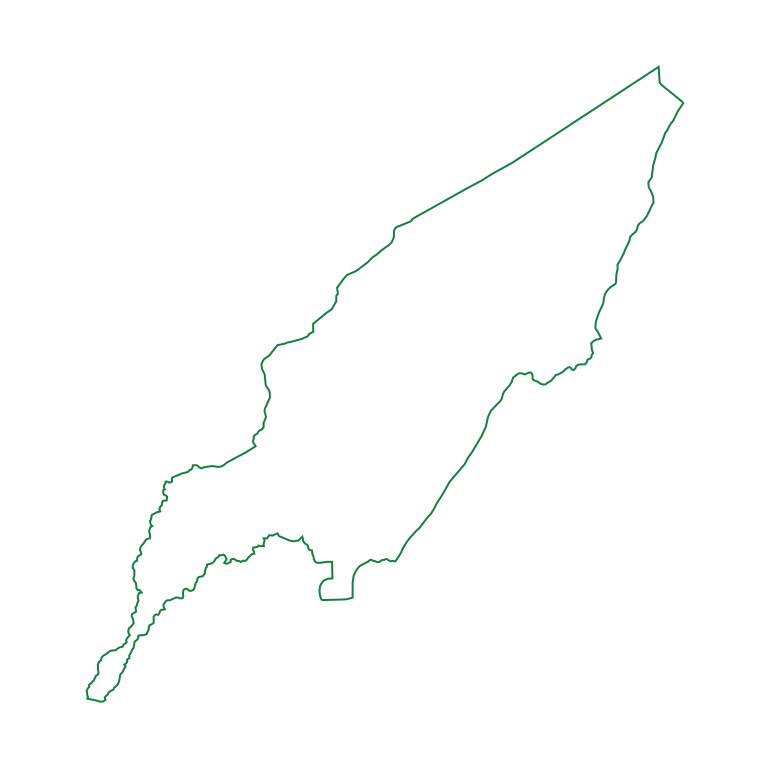 Tigania West, Eastern, Kenya, rotated 86°
{"feature_id": "3690345B31280493599010", "entity_name": "Tigania West", "entity_type": "district", "adm_level": 2, "iso_a3": "KEN", "parent_name": "Kenya", "parent_adm1": "Eastern", "projection": "mercator", "projection_center": [37.77, 0.171], "detail": "fine", "context": "isolated", "style": "outline", "palette": "green", "viewbox_px": 768, "rotation_deg": 86, "n_neighbors": 0, "source": "geoboundaries", "source_scale": "gbopen_adm2", "svg_char_len": 6138}
<svg xmlns="http://www.w3.org/2000/svg" viewBox="0 0 768 768"><g transform="rotate(86 384 384)"><path d="M277.4,418.0L284.8,424.1L290.7,423.7L292.9,425.5L298.1,425.8L305.7,430.9L309.2,436.7L319.0,450.5L327.0,450.9L328.9,455.1L331.3,457.2L333.3,463.1L335.3,472.9L336.0,478.0L336.8,480.1L337.8,487.5L347.8,496.7L350.6,501.6L352.3,503.1L355.6,504.8L358.3,504.8L360.9,504.5L366.0,502.4L376.2,502.1L377.9,501.7L381.4,499.6L383.5,498.7L387.9,498.6L389.6,498.8L399.7,504.2L401.9,505.0L403.9,505.0L405.8,504.4L409.0,504.1L414.8,507.0L418.5,507.1L420.8,509.0L422.0,512.0L425.0,514.2L425.8,516.3L427.2,517.6L429.6,517.7L431.3,518.6L433.4,518.5L437.1,516.4L441.9,525.3L451.2,545.8L454.1,550.1L454.9,552.4L455.2,554.5L455.0,556.2L453.8,561.0L454.6,570.1L455.4,572.0L454.3,574.1L452.4,575.7L451.8,577.7L451.8,580.3L454.5,581.1L455.9,582.2L456.1,583.7L458.2,586.0L459.0,591.2L462.5,601.7L464.2,602.2L466.3,602.1L467.3,603.5L467.3,605.2L466.3,606.8L466.1,608.6L468.2,609.1L469.7,610.4L471.8,610.8L473.7,610.0L474.3,611.5L476.9,611.9L479.0,611.3L480.0,609.5L481.2,608.2L485.0,608.9L485.1,612.8L486.9,613.6L489.4,614.1L490.9,615.8L493.3,616.8L495.4,616.1L496.3,620.0L498.5,624.8L503.3,626.0L504.3,627.0L507.6,626.6L509.6,625.1L510.6,627.1L513.9,628.5L515.7,628.4L517.8,628.0L520.3,628.0L521.7,628.4L522.0,630.8L522.9,632.5L526.6,635.2L528.3,637.2L530.5,638.5L532.5,639.0L535.4,638.0L537.0,638.2L538.8,641.6L540.7,642.4L543.0,642.6L543.4,644.2L544.5,645.4L546.1,646.7L548.0,647.3L549.6,647.5L552.7,646.0L558.1,646.5L560.5,647.6L563.3,646.8L564.9,645.6L566.5,645.2L570.7,645.2L572.5,643.9L572.4,642.3L575.1,640.4L575.4,642.6L576.9,643.7L578.9,644.5L581.0,644.5L583.0,644.0L585.7,645.5L588.1,646.2L589.7,647.6L591.9,647.2L594.0,647.4L595.9,651.4L597.9,651.9L601.2,650.8L605.2,650.4L608.9,653.7L609.9,655.5L612.0,656.2L614.4,656.3L616.7,655.1L620.5,658.7L622.1,659.2L623.4,658.6L624.6,659.8L625.7,661.9L627.8,663.0L628.2,665.8L629.3,668.2L630.8,670.0L631.0,675.4L634.0,680.0L635.8,683.5L637.4,684.8L640.1,685.8L641.5,687.8L643.9,689.0L649.2,689.2L651.3,689.0L653.3,689.2L654.3,690.3L655.1,692.0L656.7,692.4L658.2,693.6L659.7,694.3L660.5,695.7L662.0,696.6L662.5,698.1L663.6,699.3L665.4,699.0L666.8,700.5L669.2,702.0L674.0,701.6L675.8,701.1L677.2,701.9L679.9,692.4L680.8,690.1L681.2,688.1L681.2,686.4L679.8,684.0L677.1,684.4L675.8,683.1L675.0,681.7L672.4,680.0L671.3,678.5L670.6,676.5L669.8,675.1L668.1,674.5L666.7,672.2L665.0,670.4L661.1,668.7L656.7,667.7L655.2,667.1L652.6,664.4L650.9,663.8L647.9,661.6L645.8,662.7L644.5,660.4L642.8,659.5L640.9,659.5L639.8,657.2L637.0,657.0L633.1,654.5L631.7,654.0L629.5,652.1L623.8,650.8L621.6,647.7L617.8,646.5L617.7,641.4L617.0,638.1L615.6,637.7L613.5,636.3L611.7,635.7L609.7,635.5L608.4,634.8L607.1,631.7L606.1,630.4L599.9,630.0L598.4,628.5L597.9,626.9L598.6,625.5L597.5,624.3L595.0,623.4L593.8,622.0L593.5,618.4L591.4,619.2L589.0,619.5L585.1,616.5L584.6,614.6L584.9,613.0L582.5,606.5L582.6,604.7L583.5,602.7L583.6,600.0L582.1,599.0L579.4,599.2L577.2,598.9L575.5,598.2L574.4,596.5L574.6,594.8L576.8,592.5L576.8,590.4L575.8,588.2L573.9,587.2L570.9,586.4L569.0,585.4L567.3,584.1L565.0,583.7L563.6,582.3L563.1,578.2L561.5,577.0L560.4,575.8L558.5,575.8L556.8,575.0L555.2,574.7L553.8,573.4L551.8,573.2L551.3,569.6L550.1,566.8L548.5,565.3L546.4,564.1L544.9,561.2L543.2,560.2L543.6,558.0L543.0,556.0L544.1,554.7L547.5,553.3L549.3,554.2L551.3,555.9L552.3,554.1L551.8,551.5L550.8,549.4L548.7,549.2L547.9,547.5L548.0,545.9L550.5,542.5L550.5,540.6L551.6,539.1L550.4,537.1L550.7,534.0L547.9,531.7L545.4,528.8L544.4,527.3L544.3,525.3L542.0,525.4L540.4,526.2L538.1,525.9L537.6,521.4L536.4,520.5L537.1,518.8L537.3,515.1L535.6,515.4L531.6,514.0L529.6,514.7L529.8,511.3L527.0,509.2L527.0,507.6L527.5,506.1L525.6,500.6L528.4,499.3L533.7,488.8L534.6,485.2L534.2,480.3L530.6,476.1L535.2,475.4L537.3,474.3L539.6,471.4L542.9,470.8L544.4,469.8L545.1,467.4L548.6,467.3L551.5,466.3L553.3,466.3L555.5,465.5L556.9,464.8L557.7,462.9L557.9,459.9L557.4,452.7L557.8,448.2L574.3,449.0L574.4,453.7L575.6,457.2L577.2,459.2L579.1,460.7L581.1,461.8L585.0,462.7L587.5,462.8L591.2,462.5L594.7,461.4L595.3,459.8L596.2,436.7L594.9,430.2L579.5,429.1L573.4,427.7L569.8,425.9L567.0,423.9L563.8,420.8L559.9,411.9L558.8,410.7L558.5,408.9L559.5,407.5L559.9,405.7L561.1,403.6L561.4,401.4L559.4,398.0L559.5,396.2L558.8,394.7L559.0,393.0L560.5,391.4L561.4,389.6L561.0,387.6L561.8,385.1L556.3,380.8L552.9,378.5L549.8,377.0L543.8,372.8L539.8,369.4L531.8,361.1L530.8,359.3L519.4,349.3L517.2,346.7L515.8,345.5L511.5,342.5L507.3,340.1L497.9,333.1L486.1,325.3L469.6,309.1L463.3,305.2L457.8,300.7L442.5,290.1L433.3,285.2L424.6,282.7L419.8,280.2L417.6,278.7L408.9,268.9L407.1,267.7L402.0,265.9L399.9,264.6L394.1,258.8L391.0,256.6L386.7,254.8L384.2,251.2L383.1,249.4L382.7,247.9L383.0,245.7L384.3,243.0L382.7,238.5L383.0,236.3L385.1,235.3L389.5,235.3L390.7,234.4L392.1,231.1L394.8,227.6L395.7,225.1L395.6,222.9L394.1,220.6L393.1,218.4L391.7,216.4L387.0,211.9L386.7,209.9L384.5,204.9L382.4,202.5L380.5,199.5L380.1,197.7L381.1,196.4L382.7,195.5L383.4,193.8L381.5,191.9L379.5,190.9L378.3,189.0L378.1,186.1L378.5,182.3L377.6,181.2L376.3,180.1L373.9,179.2L373.0,176.6L371.9,175.4L369.3,174.6L367.8,173.3L364.5,174.2L357.8,174.4L356.1,172.4L354.7,169.7L353.8,164.2L347.3,166.9L342.9,169.3L336.8,168.3L334.6,167.5L327.2,164.3L319.1,159.7L314.3,158.8L309.9,157.3L307.1,155.4L305.3,153.8L303.5,151.7L300.3,146.2L298.7,145.4L291.2,144.6L285.5,142.9L281.0,142.7L278.0,140.3L270.7,135.9L266.3,133.8L258.4,129.2L254.4,128.2L252.4,126.1L249.6,122.2L246.9,120.6L243.6,119.7L241.5,117.7L239.6,114.3L234.7,110.0L225.3,104.7L221.7,102.4L216.0,102.5L211.9,103.6L205.9,106.2L201.2,106.2L196.4,102.4L192.5,102.0L190.7,101.3L184.9,100.3L177.6,97.6L173.0,96.4L162.3,90.0L152.6,85.6L150.9,83.8L147.4,81.9L143.7,79.4L142.2,77.6L132.5,71.9L124.8,66.0L123.3,66.7L105.3,86.0L102.7,88.0L86.8,87.9L172.3,240.7L182.1,261.8L187.7,272.1L195.1,288.6L221.2,344.0L223.0,345.2L223.8,346.5L228.4,360.7L229.9,362.2L232.1,363.4L238.6,364.0L243.3,366.6L245.4,368.9L250.3,376.9L254.1,381.9L257.0,386.8L261.6,392.0L268.5,402.6L269.8,405.0L272.6,413.3L277.4,418.0Z" fill="none" stroke="#15803d" stroke-width="2"/></g></svg>